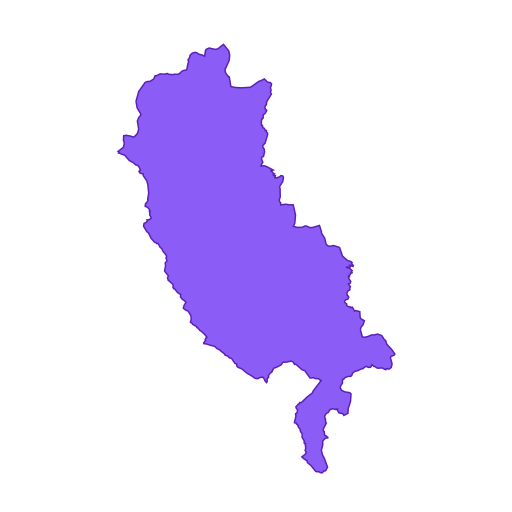 the district of Intregalde, Alba, Romania, rotated 99°
{"feature_id": "2599482B14836518060914", "entity_name": "Intregalde", "entity_type": "district", "adm_level": 2, "iso_a3": "ROU", "parent_name": "Romania", "parent_adm1": "Alba", "projection": "albers", "projection_center": [23.397, 46.245], "detail": "fine", "context": "isolated", "style": "filled", "palette": "violet", "viewbox_px": 512, "rotation_deg": 99, "n_neighbors": 0, "source": "geoboundaries", "source_scale": "gbopen_adm2", "svg_char_len": 6100}
<svg xmlns="http://www.w3.org/2000/svg" viewBox="0 0 512 512"><g transform="rotate(99 256 256)"><path d="M157.9,405.5L162.6,405.0L163.5,404.3L166.0,403.7L169.4,404.0L174.2,408.5L174.3,407.9L175.1,407.4L175.7,407.9L177.0,401.4L181.6,396.0L183.2,391.4L184.8,389.2L185.1,386.9L186.3,385.5L189.4,383.5L190.4,384.7L191.1,384.7L192.4,383.2L192.6,380.2L194.2,380.0L198.9,375.6L202.4,374.0L210.9,371.8L216.9,371.9L217.7,371.5L219.1,371.7L221.6,373.3L223.8,373.3L224.3,373.2L224.9,370.7L226.6,368.6L227.8,368.3L228.0,367.7L229.1,368.2L229.6,367.6L232.0,367.5L234.2,365.7L235.6,365.7L237.0,367.8L237.4,369.3L238.1,368.7L239.8,369.6L241.4,371.7L244.2,371.7L248.9,367.8L250.2,365.7L255.1,362.3L258.4,358.1L258.4,357.1L259.3,355.9L258.9,354.7L262.5,352.0L263.4,350.3L266.0,348.5L269.3,344.8L270.4,344.2L272.1,344.6L274.5,343.1L277.1,344.6L279.7,343.8L285.1,344.0L289.4,339.4L291.3,340.0L293.6,339.0L296.8,333.9L298.4,333.1L299.8,333.2L301.1,332.3L300.9,331.6L304.4,327.7L305.9,324.3L308.1,324.2L310.2,322.2L311.3,319.7L312.6,318.0L316.5,319.4L319.0,319.6L320.4,317.0L321.1,314.4L325.3,310.8L328.9,310.1L331.8,310.4L332.4,308.6L333.4,307.9L334.9,303.9L336.0,303.1L336.0,302.5L338.5,299.5L338.6,298.8L341.1,294.9L343.8,291.8L345.2,292.8L346.7,293.1L347.1,292.6L350.0,294.1L350.7,293.9L350.7,290.3L351.3,287.5L351.7,282.7L353.8,279.6L354.4,277.0L355.4,275.9L357.5,272.0L358.8,271.0L359.3,268.2L360.6,266.5L360.9,265.7L360.8,264.5L361.3,263.8L365.4,260.0L365.6,258.2L367.6,257.8L368.7,256.6L369.7,252.4L373.4,246.1L374.9,241.9L377.0,237.7L376.9,235.1L375.4,233.1L374.6,230.2L376.6,228.3L377.7,227.8L379.4,225.8L378.4,225.3L375.6,225.8L373.6,224.5L372.5,225.1L369.9,223.9L367.6,221.9L366.8,222.0L363.8,220.7L363.0,218.8L359.7,214.3L356.8,212.8L355.9,208.8L354.3,204.9L354.8,202.8L357.0,201.0L356.6,200.3L357.0,199.2L361.2,192.6L361.7,189.8L368.1,183.5L367.2,180.2L367.8,178.2L367.4,174.9L368.3,173.9L368.7,172.1L379.9,178.2L382.4,178.9L387.3,183.5L393.7,188.3L393.9,190.0L395.2,190.1L395.6,191.0L398.7,193.0L400.3,192.3L401.6,190.7L404.9,191.2L405.5,192.1L406.2,192.2L407.7,191.5L414.6,192.0L414.8,191.4L414.7,190.1L415.7,189.7L415.9,188.7L416.9,188.3L417.1,187.7L418.3,187.4L420.1,185.5L422.6,184.5L424.4,182.6L427.9,182.1L431.5,179.1L432.3,179.4L433.4,179.0L433.8,177.5L434.5,177.9L438.0,176.8L440.4,177.1L441.4,175.9L443.0,175.9L443.8,176.1L447.2,179.3L448.8,177.1L449.0,175.9L449.6,175.5L450.1,173.7L452.0,172.9L454.4,168.9L459.3,163.4L459.6,162.2L459.2,160.2L459.9,158.6L459.9,156.8L457.5,155.0L457.5,154.1L456.6,153.4L453.4,152.3L445.7,156.5L441.7,159.4L437.4,161.1L432.2,160.5L428.2,161.2L425.4,159.1L424.5,157.6L424.5,156.7L424.0,156.6L422.7,158.6L422.3,160.2L418.8,161.1L418.0,162.2L416.2,162.4L410.0,160.4L409.9,161.0L405.7,162.1L404.6,163.0L402.5,162.9L400.3,161.8L399.5,160.4L395.9,158.7L395.0,156.4L394.8,155.3L395.2,153.6L394.6,152.8L394.6,151.6L395.2,151.9L398.0,149.5L398.2,145.5L399.7,144.3L396.9,140.5L395.6,141.0L393.9,140.7L393.5,141.2L384.7,139.9L377.3,140.6L376.3,142.1L376.3,147.0L375.3,150.4L372.9,152.2L370.8,152.0L368.0,150.7L364.4,151.2L364.0,150.1L362.0,148.9L360.5,146.0L360.0,143.5L358.2,142.4L357.1,142.6L354.7,140.7L353.2,137.3L351.4,134.9L350.3,132.4L349.1,131.7L347.7,129.7L348.5,127.6L347.9,125.4L345.2,124.5L346.6,122.4L346.5,121.6L347.7,119.0L347.7,117.6L346.8,114.1L348.0,110.4L348.0,110.0L346.9,109.7L346.9,106.9L345.0,105.0L341.4,104.7L335.4,107.3L334.2,107.0L332.1,103.8L331.1,103.5L327.5,106.9L322.5,113.2L319.2,114.7L318.4,116.3L314.9,119.3L314.1,123.8L315.3,126.3L315.9,129.5L318.3,133.4L319.3,136.3L319.3,138.3L312.4,141.4L309.4,141.0L307.5,139.6L303.0,138.8L301.7,142.3L300.5,143.5L294.7,144.8L294.3,148.8L295.0,150.0L291.5,152.8L292.2,154.1L291.5,154.5L291.6,156.9L290.8,158.7L289.2,158.9L288.4,160.5L287.5,161.3L286.5,161.4L285.1,160.5L284.4,158.6L282.1,158.0L281.2,158.5L280.9,159.5L278.5,160.5L275.9,159.6L275.0,158.2L274.3,158.0L273.6,158.4L271.4,158.0L269.3,160.3L268.1,158.7L266.4,158.4L263.6,160.9L262.0,161.4L261.8,160.5L260.7,161.0L259.7,160.0L258.3,159.8L257.5,158.4L257.0,158.7L256.9,159.4L255.4,158.7L253.6,161.5L253.0,164.6L252.6,164.2L252.3,161.4L251.3,160.7L250.6,161.6L250.6,160.0L251.2,158.6L250.1,158.4L248.6,160.4L247.4,160.1L246.6,161.5L246.2,164.9L242.5,170.6L234.5,174.8L233.5,181.1L234.9,184.5L234.6,186.9L233.2,188.7L227.7,190.9L223.1,195.0L222.1,195.0L215.9,198.1L219.0,204.6L219.5,207.1L218.5,210.9L218.7,212.3L220.5,215.1L220.7,216.4L221.3,220.0L220.9,223.7L217.4,222.8L209.2,223.4L199.6,227.3L200.3,231.4L200.1,234.1L201.6,239.6L199.8,239.9L198.5,241.3L197.0,241.8L193.8,241.3L185.5,242.8L184.3,243.5L182.2,243.0L178.4,241.2L173.9,241.2L172.7,242.2L172.7,244.0L174.0,244.9L175.7,248.1L175.6,249.7L173.6,249.4L173.8,250.6L173.3,251.6L172.0,250.5L171.3,252.3L170.5,252.7L169.7,254.6L169.2,254.4L168.4,252.5L165.9,259.9L165.6,262.0L166.4,265.0L165.1,265.0L162.3,263.9L159.3,265.8L157.5,265.7L156.5,264.2L151.8,263.8L149.0,264.7L147.4,266.4L145.6,266.4L143.2,264.7L134.0,263.5L132.8,263.9L131.7,265.3L130.6,265.2L130.3,265.5L130.6,266.5L128.6,267.8L128.1,269.4L126.1,270.0L126.1,271.0L122.1,271.8L119.7,271.7L119.6,271.0L118.4,270.5L115.6,271.0L113.4,269.1L110.9,268.2L110.4,268.2L109.3,269.8L108.3,270.4L106.1,270.3L105.0,269.4L102.1,269.6L93.6,266.1L91.9,267.4L90.1,267.0L87.2,268.1L85.2,267.5L83.3,267.7L82.4,269.3L82.6,271.0L82.2,272.2L79.8,275.5L82.2,278.7L83.0,280.5L89.6,287.1L90.4,288.7L92.2,296.7L92.8,302.8L92.6,307.3L83.3,310.4L82.7,311.9L79.5,314.9L76.1,315.9L75.1,315.2L66.8,313.1L61.8,313.4L57.7,315.0L52.1,321.2L57.5,326.3L58.3,328.7L57.9,334.8L59.7,337.5L60.8,338.0L66.7,338.0L65.8,341.1L65.7,343.5L64.4,346.8L64.5,348.4L65.6,350.7L67.9,352.5L71.1,352.8L73.0,353.9L74.8,352.7L76.2,353.3L82.4,353.5L83.2,353.9L84.1,356.6L85.4,358.4L87.7,360.0L88.9,361.9L89.2,365.1L89.9,366.5L90.0,368.1L90.2,370.7L89.6,372.0L90.8,375.2L91.1,379.2L93.3,382.1L93.8,383.9L97.3,384.8L100.2,388.2L100.6,390.5L101.8,392.6L111.9,397.6L122.0,398.7L128.2,396.6L133.9,391.9L135.1,392.0L137.7,393.5L141.3,394.3L149.2,391.7L153.5,392.3L157.3,394.8L157.7,396.5L157.2,398.2L157.1,403.1L157.9,405.5Z" fill="#8b5cf6" stroke="#5b21b6" stroke-width="1.5"/></g></svg>